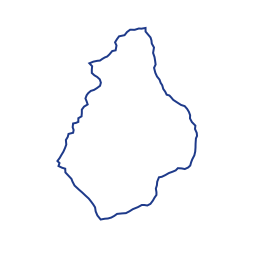 the district of Pontalinda, São Paulo, Brazil, rotated 131°
{"feature_id": "56859067B7961843584792", "entity_name": "Pontalinda", "entity_type": "district", "adm_level": 2, "iso_a3": "BRA", "parent_name": "Brazil", "parent_adm1": "São Paulo", "projection": "albers", "projection_center": [-50.529, -20.453], "detail": "fine", "context": "isolated", "style": "outline", "palette": "blue", "viewbox_px": 256, "rotation_deg": 131, "n_neighbors": 0, "source": "geoboundaries", "source_scale": "gbopen_adm2", "svg_char_len": 1858}
<svg xmlns="http://www.w3.org/2000/svg" viewBox="0 0 256 256"><g transform="rotate(131 128 128)"><path d="M104.5,199.6L104.9,195.6L107.7,193.6L110.2,191.4L110.3,188.0L109.7,184.7L109.8,181.2L111.6,178.2L114.5,176.8L118.2,177.6L121.5,178.6L124.4,180.4L127.8,180.9L130.4,180.7L133.6,179.5L135.2,176.4L136.7,173.9L140.7,175.2L144.4,174.9L147.2,172.5L149.7,170.7L153.2,171.9L156.0,169.5L158.4,170.7L160.6,172.4L163.7,170.3L165.2,167.7L167.6,166.3L171.5,169.0L174.3,167.6L177.8,167.0L181.0,163.7L184.4,162.4L188.3,161.2L191.9,160.6L195.4,159.9L199.2,159.6L199.4,156.7L202.3,155.5L201.3,151.8L199.9,148.7L202.6,146.1L203.0,142.1L203.5,137.3L204.8,134.9L206.5,130.6L206.7,124.8L206.7,120.2L206.9,115.8L207.0,111.4L207.7,107.7L208.5,104.1L209.5,100.8L212.2,97.6L214.1,93.7L215.0,88.6L211.6,85.9L209.5,83.8L206.6,81.9L203.4,80.7L200.0,79.9L196.4,76.5L193.6,73.7L189.8,72.2L186.1,71.1L181.2,68.6L177.1,67.1L175.3,65.0L173.8,62.6L170.6,61.3L166.4,61.6L163.0,62.3L159.9,62.6L157.8,64.4L155.5,67.2L152.3,68.6L149.4,70.7L144.9,72.3L142.7,70.5L139.0,68.9L135.2,67.6L131.6,65.6L128.7,64.2L125.6,64.0L123.3,61.0L121.7,58.2L118.4,56.7L115.5,56.4L112.6,57.8L109.6,58.9L105.1,60.0L101.7,61.8L98.5,64.2L95.5,66.7L91.3,69.9L88.7,70.7L86.6,72.9L84.8,76.8L82.0,78.7L81.6,83.7L80.1,87.5L77.6,89.5L75.9,92.6L74.8,95.9L74.3,99.6L75.8,103.1L76.4,107.2L77.1,112.3L76.6,115.3L76.3,118.1L77.5,120.7L76.2,123.7L75.4,127.0L73.3,130.2L72.5,133.0L70.8,136.0L70.1,139.9L68.4,143.6L65.5,147.8L62.0,148.8L59.6,151.5L57.1,154.5L54.9,158.3L50.2,161.2L48.7,165.4L46.5,167.8L44.9,170.4L44.4,173.6L43.7,178.0L41.0,180.4L44.2,183.0L45.8,185.1L49.4,187.3L52.5,190.9L56.2,191.7L60.2,191.5L64.7,194.9L68.2,194.6L71.8,194.0L73.3,190.8L77.5,188.3L80.3,190.4L84.6,190.3L87.7,190.6L90.0,191.8L92.7,192.7L95.5,193.4L97.5,195.3L100.7,197.7L104.5,199.6Z" fill="none" stroke="#1e3a8a" stroke-width="2"/></g></svg>